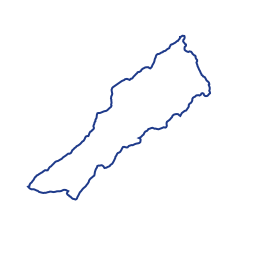 Martinópolis, São Paulo, Brazil (Robinson projection), rotated 37°
{"feature_id": "56859067B60497453686777", "entity_name": "Martinópolis", "entity_type": "district", "adm_level": 2, "iso_a3": "BRA", "parent_name": "Brazil", "parent_adm1": "São Paulo", "projection": "robinson", "projection_center": [-51.128, -22.2], "detail": "fine", "context": "isolated", "style": "outline", "palette": "blue", "viewbox_px": 256, "rotation_deg": 37, "n_neighbors": 0, "source": "geoboundaries", "source_scale": "gbopen_adm2", "svg_char_len": 5249}
<svg xmlns="http://www.w3.org/2000/svg" viewBox="0 0 256 256"><g transform="rotate(37 128 128)"><path d="M100.6,87.0L100.4,88.6L99.2,88.9L97.6,89.4L96.3,90.8L96.1,92.0L95.3,93.3L94.8,94.2L91.4,104.5L91.3,105.5L91.6,106.4L91.9,107.4L92.9,108.4L93.9,109.3L94.9,110.2L95.4,111.5L95.6,112.8L96.2,113.8L96.7,114.8L97.8,115.5L98.3,116.4L99.0,117.0L99.8,117.9L100.2,118.9L100.6,119.7L101.4,120.1L101.7,121.4L101.3,123.0L101.0,124.6L100.8,126.1L100.3,127.4L98.9,129.0L98.4,129.8L97.9,130.7L96.7,132.7L96.1,133.3L95.2,133.9L94.7,134.7L95.2,136.2L96.1,137.7L96.8,138.9L96.9,140.1L97.2,141.4L97.9,142.2L97.9,143.6L98.7,145.3L98.9,146.5L99.4,147.5L100.5,148.2L101.0,148.9L101.1,150.0L100.7,151.3L100.7,152.6L100.1,153.6L100.2,154.7L100.4,155.7L100.9,157.0L101.2,158.3L100.2,159.0L99.5,160.2L99.6,161.4L100.0,162.7L100.2,164.1L100.2,165.2L99.7,166.2L99.6,167.6L99.5,168.9L99.3,170.1L99.0,171.0L98.6,172.2L97.9,173.5L97.9,174.9L97.4,176.1L97.3,177.7L96.9,179.4L97.3,180.9L97.4,182.5L96.8,183.7L95.7,184.5L95.3,185.8L94.9,187.5L94.3,189.2L93.8,190.6L93.7,192.1L93.4,193.0L93.0,193.8L92.5,195.0L92.0,196.3L90.8,197.8L90.4,198.7L90.2,199.7L90.1,200.9L89.9,202.3L89.7,203.6L89.6,204.9L89.1,206.0L89.0,207.2L89.2,208.8L89.3,210.1L88.4,210.9L87.6,211.3L87.0,211.9L86.8,212.7L86.4,213.7L86.3,214.8L85.7,215.8L85.4,216.8L84.8,218.1L84.5,219.3L84.0,220.3L83.6,221.0L83.8,221.9L83.4,223.1L83.5,224.5L83.7,225.5L83.8,226.6L83.7,228.2L83.8,229.4L83.4,230.9L83.5,232.3L84.2,233.6L83.5,235.0L84.6,235.2L85.8,235.4L87.1,235.2L87.9,235.0L88.7,234.3L89.7,233.6L90.7,233.3L91.7,233.1L92.8,232.9L93.6,232.5L94.5,232.5L95.3,232.6L96.4,232.2L97.6,231.7L98.6,231.3L99.7,230.7L100.5,229.8L101.3,229.3L101.9,228.5L102.5,227.6L103.3,226.8L103.9,225.8L105.3,224.9L106.8,224.2L107.6,223.5L108.6,222.4L109.2,221.5L110.0,220.8L110.8,220.2L111.9,219.3L112.8,218.2L113.2,217.2L114.0,216.0L115.0,215.3L115.7,214.9L116.6,214.8L117.4,214.6L118.3,214.4L118.3,215.8L118.5,216.9L119.5,217.5L120.4,217.6L121.4,217.4L122.4,217.8L123.3,217.4L124.2,217.6L125.6,217.8L126.7,217.7L127.6,217.2L129.1,216.7L129.6,215.8L129.6,214.8L129.2,213.8L129.1,212.9L128.9,211.5L128.7,210.4L128.5,209.4L128.3,208.3L128.5,206.9L128.5,205.9L128.5,204.4L128.6,203.2L128.9,201.8L129.2,200.5L129.3,199.6L129.2,198.6L129.3,196.6L129.1,194.7L128.6,193.5L128.4,192.2L128.6,190.6L129.1,188.6L129.3,187.5L129.7,186.3L129.2,185.2L128.8,184.4L128.1,183.2L127.6,181.8L127.2,180.6L127.0,179.4L127.0,178.4L126.4,176.8L127.1,175.7L127.9,175.2L129.2,173.7L130.0,173.4L131.5,173.4L132.4,173.8L133.3,174.1L134.7,172.6L135.0,171.7L135.6,170.7L136.3,169.5L136.2,168.2L136.5,167.2L136.9,166.0L136.8,164.7L136.5,162.6L136.1,160.8L135.9,159.7L135.3,158.6L135.3,157.0L134.9,155.6L134.9,154.2L135.8,152.7L136.1,151.7L136.0,150.4L135.9,149.4L135.6,148.1L135.4,146.3L136.2,145.4L137.9,144.7L138.7,144.3L139.3,143.7L139.5,141.8L141.0,139.6L142.1,138.9L143.2,136.7L143.8,135.8L144.4,135.1L145.5,133.9L146.1,133.0L146.3,131.9L145.8,130.9L145.2,129.8L144.0,129.1L142.8,129.4L143.6,127.9L143.9,126.4L144.0,125.3L144.4,123.8L144.1,122.7L143.9,121.6L144.0,120.3L144.9,118.8L145.0,117.9L144.9,116.6L145.9,115.3L146.7,113.9L147.5,113.1L148.6,112.8L149.6,112.6L150.5,111.8L151.5,111.5L153.2,110.6L154.3,108.9L155.0,107.8L155.6,106.8L156.0,106.0L156.7,105.6L157.5,105.3L158.0,104.4L157.7,102.9L157.1,102.3L156.5,101.7L155.8,100.8L155.4,99.6L156.1,97.2L156.4,96.0L156.4,94.5L156.6,92.9L156.2,91.4L156.5,89.9L157.5,88.5L158.3,87.7L159.5,86.9L160.5,86.8L161.3,87.0L162.5,86.9L162.0,83.8L162.3,82.5L162.6,81.7L162.9,80.3L163.8,79.3L163.9,78.2L163.8,76.8L163.8,75.1L163.5,74.1L162.7,73.1L162.5,71.6L163.1,70.2L163.1,68.7L162.8,67.4L161.9,66.1L161.7,64.8L162.1,63.6L162.7,62.6L162.8,61.6L163.0,60.8L163.8,60.0L164.7,59.3L165.6,59.0L166.1,57.8L165.9,56.2L166.6,55.3L167.7,55.1L168.8,55.9L169.6,56.0L170.4,56.0L171.2,55.5L171.9,54.8L172.2,54.0L172.3,52.1L172.6,50.9L171.9,50.1L170.5,49.4L170.1,48.2L169.6,47.4L168.9,46.5L167.7,45.7L166.5,45.0L166.6,44.1L165.5,43.2L164.3,42.8L163.1,42.8L162.0,42.7L160.2,41.8L158.7,41.2L156.9,41.6L156.2,41.2L154.9,41.3L153.9,40.6L153.0,40.3L151.7,39.5L150.8,39.0L149.7,38.6L148.7,38.0L147.5,37.3L146.4,36.8L145.4,35.9L144.2,35.2L143.2,34.4L143.1,33.2L142.3,32.1L141.3,31.9L140.4,31.6L139.5,31.0L139.0,30.2L138.2,29.8L137.4,30.1L136.0,30.0L134.9,29.9L133.7,29.4L132.6,29.1L131.0,29.8L130.4,31.0L128.7,31.5L127.4,31.6L126.3,31.5L125.6,30.9L125.0,30.1L124.5,29.0L124.8,28.0L124.6,27.1L124.0,26.4L123.1,26.6L122.0,26.2L120.9,26.0L120.0,25.7L119.2,24.4L119.3,23.0L118.9,21.8L118.3,21.1L117.6,20.6L115.9,21.6L115.4,23.3L114.7,24.0L115.4,25.0L115.5,25.9L115.3,27.0L115.5,28.2L114.8,29.3L114.6,30.5L114.3,31.6L113.8,32.6L113.4,33.6L113.0,34.4L112.4,35.1L112.1,36.0L112.3,36.9L112.5,38.2L112.9,39.4L112.1,41.0L111.7,42.2L111.6,43.1L111.3,44.0L110.8,44.7L110.1,45.4L110.1,46.5L109.3,47.6L108.9,48.5L108.6,49.5L108.0,50.4L107.1,51.2L106.8,52.7L107.1,54.0L107.7,55.1L107.7,56.0L108.1,57.2L108.9,58.8L109.3,60.2L109.5,61.4L109.6,62.7L109.8,63.5L110.2,64.9L110.0,66.9L109.1,67.3L107.8,67.2L106.9,67.8L105.8,68.7L105.0,69.8L104.7,70.7L104.2,71.5L104.0,72.3L103.7,73.2L104.0,74.4L103.4,76.3L102.6,77.0L102.1,77.8L102.3,78.7L102.0,79.8L101.8,81.8L101.5,83.8L101.6,85.1L101.3,86.4L100.6,87.0Z" fill="none" stroke="#1e3a8a" stroke-width="2"/></g></svg>